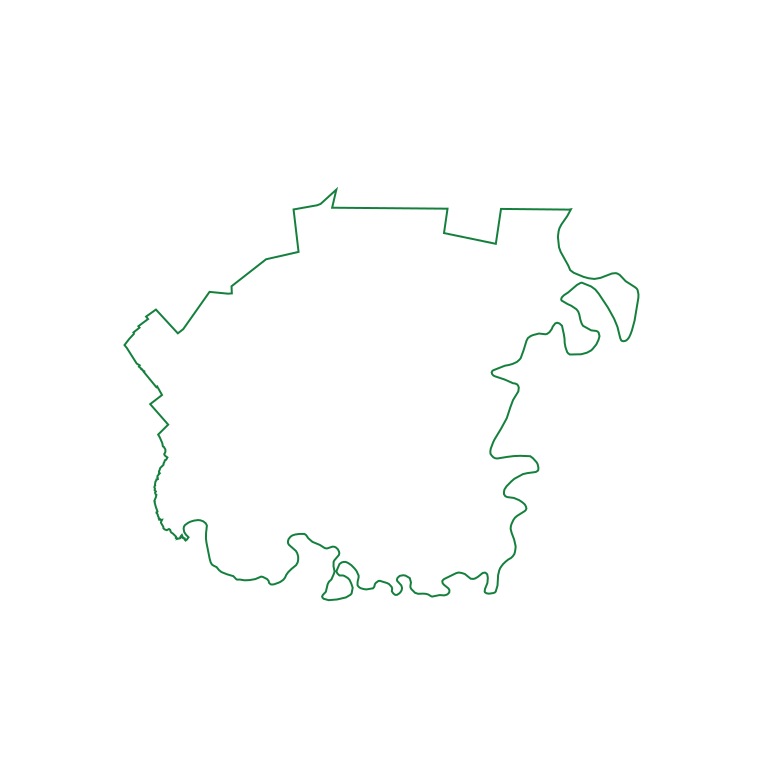 the district of San Vicente Tancuayalab, San Luis Potosí, Mexico, rotated 42°
{"feature_id": "50627088B66323270500820", "entity_name": "San Vicente Tancuayalab", "entity_type": "district", "adm_level": 2, "iso_a3": "MEX", "parent_name": "Mexico", "parent_adm1": "San Luis Potosí", "projection": "albers", "projection_center": [-98.55, 21.813], "detail": "fine", "context": "isolated", "style": "outline", "palette": "green", "viewbox_px": 768, "rotation_deg": 42, "n_neighbors": 0, "source": "geoboundaries", "source_scale": "gbopen_adm2", "svg_char_len": 6165}
<svg xmlns="http://www.w3.org/2000/svg" viewBox="0 0 768 768"><g transform="rotate(42 384 384)"><path d="M341.3,628.7L337.6,628.5L334.6,627.7L332.0,625.7L330.8,623.9L330.5,621.9L331.3,618.3L332.2,616.0L334.1,612.8L336.8,609.6L338.7,608.2L341.6,607.0L344.7,606.8L347.1,607.7L351.4,613.7L355.1,618.0L358.1,620.6L371.2,630.4L374.5,632.5L377.0,633.3L379.1,633.0L382.1,632.1L386.0,632.7L389.1,632.5L394.8,630.4L400.6,627.6L404.6,627.9L405.7,627.7L407.7,625.8L411.7,623.2L415.2,619.8L418.9,615.1L421.6,609.3L423.2,608.4L427.7,607.2L429.9,607.5L431.7,608.7L433.8,608.7L434.9,608.0L436.3,606.5L438.6,602.2L439.4,600.4L440.2,596.8L440.0,594.0L439.1,591.3L438.7,588.0L439.0,583.2L439.9,577.5L439.2,574.3L437.7,571.9L435.6,569.6L432.7,567.8L430.2,567.0L420.8,567.1L419.2,566.5L417.9,565.2L416.9,563.2L416.7,560.0L417.2,557.9L418.7,555.3L421.3,552.2L425.1,548.7L427.2,548.4L431.0,549.3L436.4,549.2L444.1,546.5L449.7,545.6L451.3,544.7L451.9,544.0L454.5,539.4L455.8,538.3L457.3,537.7L460.3,537.7L462.6,538.6L464.1,539.7L464.9,541.3L465.1,548.2L465.5,549.8L468.4,553.2L472.5,556.2L472.9,556.7L473.9,559.0L475.7,564.4L475.4,567.8L476.1,570.5L479.8,577.3L479.7,581.8L480.2,583.3L481.2,583.9L482.8,584.0L487.5,581.7L493.4,575.4L498.5,568.1L500.1,563.1L500.1,561.4L497.1,556.4L493.4,554.3L489.5,552.6L486.9,552.4L483.1,553.1L481.7,553.7L479.0,556.1L476.1,556.0L473.9,555.0L471.4,547.6L471.9,545.1L472.9,543.4L474.7,541.8L477.2,541.0L481.0,540.5L485.7,540.8L488.8,541.4L493.4,543.4L494.6,544.8L496.7,548.6L498.8,551.1L499.5,551.4L501.5,551.7L503.4,551.3L506.3,549.9L508.5,548.3L512.6,543.1L512.4,541.1L511.2,538.9L511.0,537.2L511.7,534.0L512.7,533.0L519.4,529.9L521.7,529.3L525.5,529.7L527.1,530.7L528.5,532.8L530.9,533.4L533.1,533.3L533.7,533.0L534.8,531.9L535.5,529.3L535.5,527.3L535.2,525.7L533.9,523.5L531.6,522.1L525.6,521.5L524.6,520.8L524.2,520.2L523.8,518.8L524.1,516.0L526.3,513.2L528.2,512.0L533.0,511.0L536.8,513.4L538.8,516.5L540.0,517.6L541.5,518.1L546.8,518.4L549.7,517.1L553.8,513.2L555.9,511.7L557.8,510.8L561.0,510.2L562.0,509.8L566.6,503.6L570.2,500.8L571.7,498.4L572.0,497.0L571.9,495.2L571.0,493.9L570.3,493.3L568.7,492.8L562.6,493.1L560.9,492.8L559.2,491.5L559.0,490.3L559.2,488.7L564.1,476.5L565.1,474.8L566.2,473.7L568.3,472.4L571.2,471.1L578.7,470.7L580.9,469.0L581.9,467.4L582.8,464.6L583.8,458.4L585.2,456.6L586.7,456.3L588.1,456.4L590.9,458.6L594.0,462.7L596.2,468.7L597.5,470.7L598.3,471.2L600.1,471.0L602.2,469.7L605.0,466.4L605.9,464.7L605.9,463.5L603.2,457.8L596.8,449.8L594.4,445.5L593.6,443.3L593.2,440.9L593.0,438.0L593.3,434.3L593.8,431.3L594.8,428.3L595.0,425.8L594.6,423.1L593.6,421.0L591.2,417.4L590.0,416.2L584.6,412.4L578.6,409.3L575.0,406.9L573.3,404.6L572.4,402.6L571.1,398.3L570.8,395.6L571.2,392.8L573.6,384.4L573.7,382.8L573.2,381.3L571.7,380.2L569.3,379.3L566.2,379.3L562.1,379.9L556.7,381.8L551.2,385.6L549.2,386.2L546.9,385.6L545.4,384.0L544.1,381.8L543.5,378.0L543.8,371.2L544.3,367.2L547.6,357.9L550.1,354.4L555.7,347.8L556.3,345.6L556.2,344.8L555.0,343.1L552.0,340.9L550.0,340.1L544.4,339.5L541.0,339.8L533.3,346.2L528.7,350.7L524.2,355.9L518.0,363.6L516.2,364.8L514.3,365.3L511.9,365.1L509.8,364.6L508.0,362.8L506.6,360.6L504.2,354.5L503.3,351.5L500.8,338.5L498.1,327.2L493.4,316.6L490.6,309.5L488.8,299.7L486.6,296.5L484.8,295.5L483.2,295.2L481.1,295.9L479.4,297.1L470.5,300.0L461.4,304.0L459.7,304.5L457.8,304.3L456.2,303.3L455.8,301.9L456.0,300.7L461.6,289.5L464.1,286.3L466.2,282.9L468.0,278.7L468.4,275.3L468.3,273.3L465.1,265.4L460.9,256.4L460.2,253.5L460.9,250.3L462.0,247.9L465.4,242.8L470.7,239.0L471.6,237.8L472.3,234.9L471.9,230.9L471.0,228.4L470.7,224.5L471.6,222.7L473.9,221.6L477.3,221.6L484.5,226.8L487.8,229.5L490.7,232.5L494.2,235.2L498.7,237.7L500.5,238.0L502.4,237.7L510.6,230.0L513.9,224.9L515.5,220.3L515.6,217.7L515.3,212.5L513.8,207.5L512.1,204.2L509.1,202.2L507.7,202.1L506.3,202.5L502.1,205.5L492.9,207.6L490.4,206.8L487.0,204.9L482.5,201.6L479.8,200.2L476.9,199.7L471.0,200.5L467.1,201.7L460.3,203.1L459.3,202.8L458.6,201.8L458.2,200.6L458.3,197.8L459.6,192.7L461.1,181.3L462.5,177.2L463.3,176.3L472.7,172.9L477.8,172.4L483.1,173.2L499.1,177.3L511.3,181.5L519.2,185.3L528.8,191.8L531.0,192.8L532.2,192.7L533.2,192.1L534.3,190.8L534.9,189.4L535.1,187.7L534.9,185.3L534.0,182.3L532.4,178.3L527.9,169.4L515.4,149.8L513.1,147.1L509.6,144.5L507.9,144.0L505.7,144.1L494.8,145.9L486.2,145.2L483.8,145.7L482.2,146.4L479.5,149.3L473.8,160.4L470.1,165.1L465.3,168.5L460.5,170.9L450.6,174.4L446.2,174.8L441.7,172.7L426.9,167.6L422.6,165.3L414.8,158.3L411.5,153.6L410.1,150.7L409.1,146.8L407.8,136.5L406.0,129.1L404.8,130.6L353.8,175.6L373.3,205.0L327.6,231.7L313.9,211.2L227.5,287.7L218.5,271.4L216.4,292.5L214.8,295.8L200.0,314.8L232.1,343.0L212.9,370.2L205.3,413.4L210.3,418.5L207.7,421.2L192.7,432.3L198.1,477.6L196.9,484.3L164.7,481.3L162.1,493.1L165.2,493.6L162.8,505.4L164.6,505.7L163.3,513.3L164.9,513.5L164.6,513.5L164.5,521.1L165.1,528.7L168.8,529.3L186.6,534.3L190.0,533.6L190.2,535.1L194.0,535.0L194.0,535.4L197.2,535.0L197.1,535.7L217.0,538.7L217.1,537.6L226.4,540.7L223.7,555.4L250.8,558.6L250.0,572.7L253.1,573.7L258.8,576.3L261.4,578.3L262.5,578.1L265.3,578.9L266.7,580.4L267.3,581.5L267.4,582.7L268.0,583.5L269.8,583.8L272.2,583.5L272.8,586.0L272.2,587.2L273.2,589.6L273.1,590.1L274.2,591.6L273.9,596.0L275.4,599.7L276.1,600.0L276.3,600.7L277.1,600.5L277.2,603.9L278.1,605.1L278.6,605.1L279.6,606.0L278.7,607.2L279.3,607.9L279.4,609.4L281.2,612.1L281.9,612.6L281.8,613.2L282.4,614.4L283.8,615.0L284.6,616.4L286.4,616.5L286.6,618.0L288.4,618.9L289.0,618.7L290.1,620.5L291.6,624.6L292.6,624.9L292.8,625.5L296.8,628.1L301.1,630.4L301.2,631.0L300.8,631.6L301.1,632.0L303.2,632.4L304.2,633.3L305.7,633.8L306.4,634.5L306.8,634.4L307.6,635.3L308.2,634.9L308.3,634.3L309.1,634.4L309.9,633.4L310.7,636.0L311.2,636.4L315.6,637.8L316.6,638.8L318.1,638.9L320.4,638.0L321.2,635.7L322.6,635.4L324.1,636.4L325.2,636.7L327.4,636.4L331.5,636.6L332.3,637.7L334.3,636.6L334.3,637.0L335.7,635.0L335.0,633.9L334.8,632.1L335.2,632.0L335.1,631.6L336.4,632.2L336.2,632.6L336.5,633.2L338.0,632.9L338.0,632.5L339.3,632.1L340.1,633.0L341.3,633.1L341.6,631.5L341.3,628.7Z" fill="none" stroke="#15803d" stroke-width="2"/></g></svg>